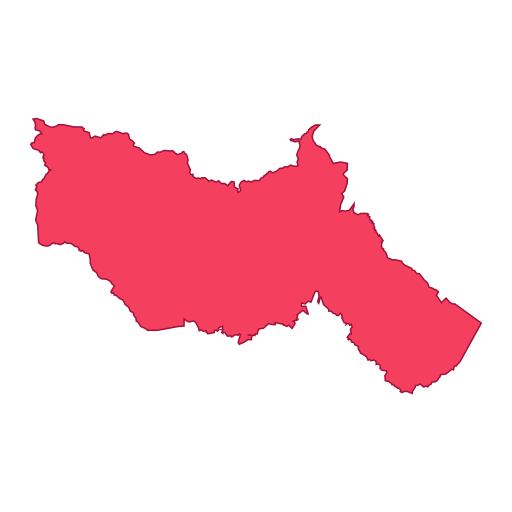 Huanusco, Zacatecas, Mexico
{"feature_id": "50627088B4993254330501", "entity_name": "Huanusco", "entity_type": "district", "adm_level": 2, "iso_a3": "MEX", "parent_name": "Mexico", "parent_adm1": "Zacatecas", "projection": "orthographic", "projection_center": [-102.931, 21.768], "detail": "fine", "context": "isolated", "style": "filled", "palette": "rose", "viewbox_px": 512, "rotation_deg": 0, "n_neighbors": 0, "source": "geoboundaries", "source_scale": "gbopen_adm2", "svg_char_len": 6039}
<svg xmlns="http://www.w3.org/2000/svg" viewBox="0 0 512 512"><path d="M319.7,125.0L315.6,124.9L311.1,127.5L308.8,129.7L308.0,131.7L307.1,132.1L306.5,133.4L304.9,133.6L302.0,136.3L301.0,139.1L297.7,138.9L293.7,139.6L291.3,138.8L290.2,139.4L290.7,140.6L293.5,141.0L294.4,141.8L299.6,141.2L299.2,143.0L300.1,145.1L299.6,147.7L296.9,154.1L296.9,155.7L298.4,158.6L297.1,162.0L297.9,164.9L297.5,166.3L293.5,166.1L290.6,165.1L287.9,166.8L284.3,166.9L283.0,168.1L279.7,168.4L277.2,170.8L273.8,172.4L272.1,172.6L270.6,171.3L268.8,171.5L268.2,172.8L266.9,173.4L266.7,174.5L265.4,174.7L265.0,175.7L263.7,176.0L263.2,177.2L260.7,178.4L259.4,180.6L253.9,180.4L251.6,182.1L248.7,181.1L246.2,181.8L244.1,180.3L241.2,182.0L239.5,184.7L239.3,186.1L240.8,190.4L238.2,192.4L237.5,191.1L238.2,189.0L234.4,187.1L234.2,182.1L232.0,181.4L231.1,181.7L227.8,185.6L224.8,183.6L221.2,183.4L218.6,180.7L216.3,182.2L211.2,180.0L209.1,181.3L205.1,177.7L201.6,177.8L200.4,178.7L198.6,178.0L196.1,178.4L194.2,177.5L192.9,176.0L193.1,174.4L190.9,174.6L189.7,172.4L190.4,169.7L187.4,163.2L188.1,159.8L187.7,158.5L186.5,154.4L184.9,153.6L184.0,151.8L182.9,151.7L181.4,153.3L177.7,154.6L175.4,153.3L172.5,150.5L171.0,151.0L164.2,150.4L160.2,152.2L157.5,152.0L154.9,154.3L151.0,155.0L144.6,152.9L139.2,147.9L134.1,146.4L133.2,144.9L134.5,143.2L132.1,140.6L129.6,139.1L128.5,134.4L127.4,133.3L124.2,133.1L123.3,133.9L116.7,131.3L115.0,131.8L112.9,133.7L107.9,133.5L105.4,135.1L103.9,134.5L100.9,137.8L94.9,136.1L91.3,138.3L90.1,137.0L89.3,132.6L84.1,131.0L83.5,130.4L84.2,128.5L82.2,127.7L82.1,127.0L73.6,126.9L63.1,124.7L58.3,124.7L56.7,126.0L52.8,127.2L50.6,127.1L44.8,124.4L43.7,120.9L36.5,118.5L33.0,119.1L35.1,122.4L35.5,126.6L35.0,127.9L35.5,129.8L39.4,130.7L41.8,133.8L39.5,134.2L37.3,135.8L35.2,138.2L34.4,142.5L31.7,143.0L30.7,144.4L33.1,148.5L38.7,150.3L40.6,152.8L41.9,151.9L42.8,152.4L44.1,155.1L43.1,156.3L43.1,158.3L43.9,158.3L43.9,161.0L45.6,162.9L44.6,165.3L46.8,166.4L48.6,168.3L48.7,169.5L50.7,170.1L48.7,171.3L47.3,173.8L46.1,174.2L44.0,178.5L42.4,179.8L41.3,182.0L38.5,182.4L35.8,185.1L36.8,186.8L35.4,189.8L37.2,191.7L37.7,194.1L36.2,199.1L35.8,205.7L37.3,209.6L37.4,211.8L35.6,220.2L37.7,225.0L38.6,242.3L39.4,243.5L43.1,245.5L47.3,246.1L49.7,245.3L53.6,242.6L55.2,243.8L55.9,243.4L60.5,244.6L63.6,243.2L64.9,241.7L66.4,243.1L71.0,243.4L74.9,246.3L77.8,247.0L79.1,249.2L79.2,250.5L80.4,250.5L81.1,251.2L82.6,250.5L84.7,252.8L89.1,253.8L90.4,260.6L90.2,263.0L92.9,269.9L96.8,272.9L98.3,276.5L99.5,277.5L101.5,278.8L106.9,279.2L110.9,281.8L111.6,283.5L114.4,286.0L110.9,291.7L111.9,293.4L113.6,292.7L114.3,295.2L116.2,295.2L119.4,298.4L122.4,299.7L124.0,301.7L125.0,304.3L128.7,307.2L130.2,311.1L133.4,312.8L133.7,315.2L136.0,318.4L136.3,321.3L137.7,321.7L140.8,326.5L146.6,329.1L147.3,330.3L157.1,330.3L178.9,326.4L184.0,326.1L184.2,318.9L187.0,321.2L189.6,322.0L193.4,320.8L195.6,322.3L198.6,328.0L199.2,330.7L201.1,330.0L203.5,331.3L206.0,330.7L206.2,332.3L207.1,332.4L207.7,333.8L214.3,332.6L214.3,330.5L216.2,330.2L217.5,331.3L218.9,329.4L218.3,329.0L219.1,327.5L222.7,326.4L222.7,329.1L221.7,329.5L222.8,329.7L221.7,332.5L222.7,333.2L222.6,332.5L224.9,332.6L227.4,336.1L231.1,336.0L231.5,336.9L232.9,336.5L234.3,334.9L238.4,335.1L239.1,334.1L240.4,334.4L238.2,342.7L239.3,344.3L243.9,342.3L248.0,339.6L251.3,339.7L252.1,335.5L247.5,334.9L255.0,335.5L255.1,334.0L257.2,334.0L258.0,330.7L258.7,330.0L258.6,328.9L263.5,328.3L268.7,323.5L270.9,324.4L275.2,324.7L275.1,322.6L283.2,324.2L283.1,324.8L286.9,326.4L288.5,325.1L292.1,328.4L295.0,323.8L294.7,322.3L293.2,321.1L297.3,320.1L297.9,319.2L296.5,319.2L297.6,315.9L297.0,315.1L302.9,310.3L307.2,314.0L308.2,313.9L305.7,306.2L301.8,306.4L301.3,305.4L301.6,303.0L305.1,304.0L307.9,301.3L311.0,302.1L315.1,291.7L316.2,291.1L318.3,291.5L319.0,296.4L317.7,301.8L318.7,303.3L320.1,298.3L321.0,297.0L323.6,304.6L328.4,308.9L328.9,311.2L331.1,311.1L332.9,313.1L335.5,313.9L336.5,315.3L338.4,315.6L340.3,313.3L341.4,314.2L342.1,316.7L341.8,318.0L344.2,322.7L346.6,323.5L346.2,324.4L347.6,323.5L348.8,323.8L350.0,325.4L351.1,324.2L352.2,326.9L350.4,329.4L351.4,333.6L351.0,334.2L350.0,333.5L347.2,337.4L348.5,338.4L348.1,339.5L348.8,339.9L349.5,338.8L351.5,340.6L351.4,342.0L354.1,342.6L354.8,344.8L358.5,346.5L358.2,348.6L360.7,353.2L366.5,356.6L368.0,360.1L369.8,359.6L371.1,360.8L373.6,360.0L375.3,360.6L376.1,361.7L376.2,364.5L377.7,363.9L379.6,364.7L380.3,366.0L380.0,368.4L381.9,370.2L386.4,370.8L386.8,373.0L384.9,375.5L385.3,380.8L388.4,381.3L391.6,383.6L391.8,384.6L394.2,385.0L394.4,386.2L397.4,387.5L397.4,388.2L399.6,388.6L400.9,390.6L400.2,391.5L401.9,392.5L404.5,391.4L407.4,391.5L412.2,393.5L412.5,391.4L415.3,387.0L415.4,385.5L417.9,385.2L420.4,384.0L423.5,387.0L427.1,386.0L427.8,386.9L429.3,385.0L431.2,384.0L431.7,382.2L435.6,381.7L436.9,380.8L440.0,376.6L440.7,374.6L445.8,374.0L451.7,369.3L453.5,369.9L454.2,366.2L456.3,365.9L460.1,361.5L481.3,323.1L454.8,303.9L452.8,304.0L450.0,302.5L446.0,298.1L441.4,302.7L436.4,295.2L438.5,292.0L438.0,291.3L435.7,289.6L434.6,289.7L433.0,288.4L428.9,287.1L427.8,283.3L424.0,279.6L419.6,273.9L416.5,273.4L414.7,270.7L412.2,269.9L411.7,268.4L404.7,265.1L402.4,263.1L401.7,261.2L395.0,259.7L392.9,260.0L387.3,257.7L386.8,254.7L385.6,252.3L383.4,249.9L383.6,248.9L381.8,247.9L381.4,245.2L382.1,242.6L381.5,241.7L383.1,240.8L379.6,235.3L379.3,236.2L377.9,235.5L377.9,234.2L375.8,231.5L376.0,230.7L375.0,230.3L375.2,229.3L373.8,228.6L374.7,227.1L373.5,225.0L374.0,223.9L372.3,223.2L372.9,222.7L372.6,221.5L371.2,221.7L371.5,220.3L370.2,220.1L369.4,217.5L369.9,217.0L367.6,215.5L368.5,214.3L367.0,213.4L360.9,213.4L357.9,214.8L353.9,212.5L352.8,209.0L354.0,206.8L354.1,203.7L349.2,210.4L345.2,211.1L342.0,210.6L339.6,211.8L340.6,204.8L343.8,197.0L341.6,193.6L344.6,191.1L347.1,183.7L347.5,178.8L343.5,175.0L343.6,173.2L347.2,170.1L347.4,163.3L340.3,162.0L333.4,163.5L329.7,157.0L329.4,155.3L324.8,149.0L322.0,148.4L320.1,146.6L320.0,147.1L316.5,145.3L313.0,140.4L312.2,136.0L314.0,130.8L319.7,125.0Z" fill="#f43f5e" stroke="#9f1239" stroke-width="1.5"/></svg>